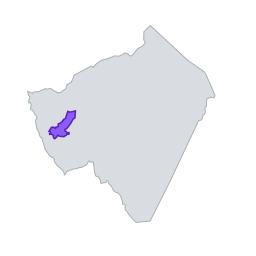 where Djelfa sits in Algeria, rotated 258°
{"feature_id": "DZA-2212", "entity_name": "Djelfa", "entity_type": "Province", "adm_level": 1, "iso_a3": "DZA", "parent_name": "Algeria", "parent_adm1": "", "projection": "albers", "projection_center": [3.218, 34.323], "detail": "fine", "context": "in_parent", "style": "filled", "palette": "violet", "viewbox_px": 256, "rotation_deg": 258, "n_neighbors": 0, "source": "natural_earth", "source_scale": "10m", "svg_char_len": 5610}
<svg xmlns="http://www.w3.org/2000/svg" viewBox="0 0 256 256"><g transform="rotate(258 128 128)"><path d="M184.3,37.3L184.5,37.8L184.6,38.3L183.9,38.8L183.4,39.1L182.8,40.5L181.7,41.4L181.5,41.7L181.6,41.9L182.4,42.3L182.6,42.7L182.8,43.2L182.5,45.0L182.2,48.3L182.2,49.0L182.6,49.8L182.9,50.4L183.0,51.2L183.0,53.0L183.4,54.0L183.8,55.0L183.1,56.2L182.9,57.3L182.8,58.9L182.8,59.8L182.4,60.8L181.8,61.6L181.2,62.2L180.4,62.7L179.5,63.3L178.8,64.9L177.2,66.3L176.9,66.8L176.8,67.8L176.9,69.3L177.2,70.5L178.1,72.2L178.9,74.0L179.1,75.0L179.4,75.3L180.4,75.9L182.1,76.7L182.5,77.0L183.4,78.3L184.3,80.6L184.6,82.1L187.7,84.3L190.8,86.2L191.0,86.6L193.0,93.6L193.7,96.1L196.3,105.1L195.4,105.6L194.5,106.3L195.3,107.5L196.8,109.4L197.7,111.0L198.0,111.7L198.8,113.7L199.5,115.6L199.6,116.2L199.9,117.7L200.0,121.8L200.7,127.0L201.4,129.6L200.7,132.0L200.2,134.3L200.3,135.4L200.8,137.1L201.2,138.4L201.8,139.1L201.9,141.3L201.7,142.1L200.2,143.3L198.4,144.5L198.0,145.4L197.9,146.4L198.2,147.2L203.8,154.3L204.0,155.0L204.3,157.1L205.3,159.7L206.3,160.7L206.7,161.6L207.4,162.1L208.1,162.5L208.5,162.6L210.8,161.7L214.8,162.6L218.6,163.5L218.9,163.7L221.4,167.5L223.6,171.1L182.2,200.2L177.6,204.4L166.6,214.6L165.7,215.0L150.7,218.2L142.9,219.7L142.5,219.8L142.0,219.8L141.7,219.8L141.0,219.5L140.2,218.9L139.7,218.6L139.6,218.2L139.9,217.6L140.3,217.0L140.4,216.6L140.7,216.2L141.0,216.0L141.0,215.6L140.8,215.0L140.5,214.1L140.5,212.5L140.5,211.8L139.8,211.2L138.4,210.6L137.2,210.2L136.6,210.0L135.3,209.8L133.3,209.4L132.7,209.1L131.5,207.6L130.9,207.2L128.0,207.0L127.1,206.7L126.3,206.4L125.6,205.9L125.3,205.1L125.2,204.4L124.9,204.1L121.8,202.5L121.0,201.9L120.6,201.4L120.6,200.7L120.7,199.8L120.6,199.0L120.5,198.6L68.3,158.9L65.6,156.8L59.5,152.0L32.4,130.3L33.9,116.9L34.1,116.2L34.3,115.9L35.2,115.5L36.8,114.5L37.4,114.1L38.1,113.7L40.6,112.4L41.2,112.0L43.6,110.5L44.2,110.3L45.5,110.3L46.0,110.0L46.8,109.4L47.9,108.7L48.6,108.3L49.2,108.3L51.3,108.7L52.1,109.0L53.2,109.2L53.5,109.2L53.8,109.0L54.3,108.4L54.4,107.8L54.5,107.2L54.6,106.9L54.8,106.8L55.2,106.9L55.9,107.1L57.1,107.2L57.6,107.1L59.0,107.1L61.1,106.9L64.0,106.3L65.5,105.4L66.6,104.4L67.7,102.8L68.7,101.5L70.4,100.7L71.8,100.3L72.6,100.2L74.5,99.5L77.6,97.6L80.1,97.4L80.4,97.3L80.8,96.9L80.9,96.3L80.5,95.8L80.0,95.5L79.7,95.2L79.3,95.1L79.2,94.8L79.3,94.2L79.4,93.7L79.7,93.1L79.6,92.4L79.3,91.6L79.3,91.0L79.3,90.5L79.5,90.1L80.1,89.8L80.7,89.8L81.5,90.0L82.9,89.9L86.7,88.8L86.9,88.4L87.2,87.5L87.5,86.7L87.9,86.5L88.1,86.4L91.1,86.1L91.7,86.1L97.2,86.6L101.8,87.0L102.3,86.8L102.3,86.2L102.0,85.1L102.3,84.5L103.0,83.9L103.8,83.2L103.5,82.3L102.8,81.7L101.9,81.0L101.5,80.7L100.7,79.8L100.2,78.9L99.9,76.9L99.4,75.7L99.0,74.3L99.5,71.8L99.0,70.2L98.9,69.6L98.9,68.8L99.2,67.5L99.2,65.6L98.5,63.6L98.9,62.9L99.1,62.6L99.0,62.3L98.4,61.6L98.2,61.1L98.3,60.6L98.7,60.0L98.7,59.7L97.7,58.8L96.0,57.3L95.5,56.7L95.3,55.9L97.0,56.2L97.9,56.1L99.9,55.3L101.6,54.2L102.8,53.6L104.0,52.3L105.0,51.5L106.4,50.7L110.6,48.9L111.2,48.9L112.5,49.4L113.7,49.3L114.5,48.6L115.4,47.0L116.7,46.0L118.4,45.0L120.7,44.1L122.2,43.3L124.6,42.5L130.5,42.1L133.5,41.7L135.6,41.8L137.6,40.4L138.7,40.0L143.1,39.9L145.2,38.8L153.2,38.8L154.2,39.1L155.2,39.6L156.8,40.9L157.7,41.2L158.7,40.9L161.1,39.6L163.9,38.8L165.4,38.1L166.0,36.9L167.3,36.5L168.0,37.3L170.9,38.1L172.7,37.8L173.4,37.5L173.1,36.2L175.0,36.5L176.4,37.0L178.0,38.2L179.0,38.4L180.7,37.7L184.3,37.3Z" fill="#d9dde1" stroke="#a8b0b8" stroke-width="1"/><path d="M155.7,80.1L148.9,78.2L148.8,77.9L148.3,76.8L148.1,76.2L147.8,76.0L147.6,75.7L144.3,72.8L140.8,68.9L140.2,67.8L140.1,67.6L140.0,67.4L139.9,66.6L139.7,66.0L139.6,65.9L139.4,65.8L139.0,65.8L138.9,65.8L138.6,65.7L138.4,65.7L138.3,65.8L137.6,66.4L137.5,66.5L137.4,66.9L137.2,67.0L136.8,67.2L136.0,67.3L135.9,67.3L135.8,67.6L135.9,68.7L135.8,69.0L135.8,69.3L135.7,69.3L135.4,69.3L134.7,69.2L134.4,69.1L134.2,68.4L134.3,68.1L134.5,67.5L134.5,67.4L134.5,67.2L134.4,66.9L134.3,66.7L134.1,66.6L133.8,66.2L133.7,66.0L133.7,65.9L133.5,65.0L133.5,64.7L133.4,64.6L133.3,64.4L133.1,64.3L133.0,64.1L132.9,63.9L132.9,63.5L133.0,62.9L133.0,62.6L133.2,62.4L133.4,62.1L133.5,61.9L133.5,61.3L133.6,60.4L134.1,59.8L134.3,59.5L134.7,58.4L134.9,58.2L135.5,58.0L135.6,57.9L135.6,57.7L133.7,56.1L133.7,55.9L133.7,55.7L133.5,55.2L133.4,55.1L133.2,55.0L133.0,54.9L132.9,54.8L132.9,53.7L134.5,53.1L134.9,53.0L135.6,53.6L135.8,53.7L136.0,53.7L136.3,53.5L136.4,53.4L136.5,53.3L136.6,53.0L136.8,52.9L136.9,52.7L137.9,51.9L138.0,51.8L138.0,51.7L138.0,51.2L138.0,50.9L137.9,50.5L137.9,50.4L137.9,50.2L138.0,50.1L138.3,50.0L138.5,50.0L138.8,50.1L138.9,50.5L139.0,50.6L139.2,50.8L139.3,50.9L139.3,51.2L139.4,51.3L139.5,51.3L140.3,51.2L140.5,51.1L140.6,50.9L140.8,50.3L140.9,50.2L141.0,50.0L141.2,50.3L141.3,50.4L141.4,50.5L141.5,50.5L142.0,50.5L142.5,51.3L142.6,51.5L143.2,52.0L143.3,52.0L143.5,52.2L144.5,53.1L144.6,53.4L144.6,53.5L144.6,53.9L144.5,54.0L144.4,54.2L144.3,54.4L144.3,54.5L144.4,54.9L144.4,55.0L144.3,55.3L142.8,56.6L143.2,57.5L143.3,57.6L143.8,57.5L143.8,57.8L143.7,57.9L143.7,58.0L143.7,58.3L143.8,58.5L143.8,58.8L143.8,59.0L143.9,59.3L143.9,59.5L144.1,59.6L144.3,59.8L144.3,60.0L144.5,60.3L144.8,60.4L145.0,60.3L146.4,60.6L146.5,60.6L146.5,60.8L146.5,61.1L146.5,61.3L146.6,61.5L146.9,62.8L147.1,63.1L147.5,63.7L147.5,63.8L147.6,64.0L147.6,64.4L147.6,64.6L147.8,64.9L148.5,65.4L148.7,65.5L148.9,65.9L149.1,66.0L149.1,66.3L149.0,66.5L149.4,66.8L149.7,66.9L149.8,66.9L149.8,67.0L150.0,68.2L150.1,68.5L150.3,68.7L150.7,69.0L156.8,72.6L155.9,73.9L155.7,75.0L155.5,76.0L155.7,80.1Z" fill="#8b5cf6" stroke="#5b21b6" stroke-width="1.5"/></g></svg>